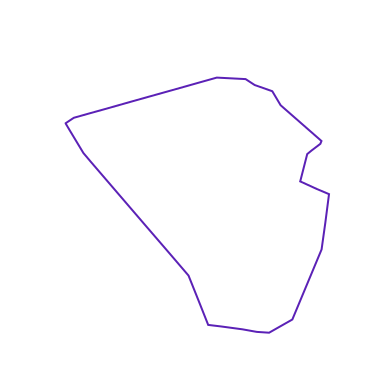 Santa María Nativitas, Oaxaca, Mexico (Albers equal-area conic projection), rotated 16°
{"feature_id": "50627088B15578912819987", "entity_name": "Santa María Nativitas", "entity_type": "district", "adm_level": 2, "iso_a3": "MEX", "parent_name": "Mexico", "parent_adm1": "Oaxaca", "projection": "albers", "projection_center": [-97.338, 17.644], "detail": "fine", "context": "isolated", "style": "outline", "palette": "violet", "viewbox_px": 384, "rotation_deg": 16, "n_neighbors": 0, "source": "geoboundaries", "source_scale": "gbopen_adm2", "svg_char_len": 640}
<svg xmlns="http://www.w3.org/2000/svg" viewBox="0 0 384 384"><g transform="rotate(16 192 192)"><path d="M51.6,160.7L51.7,161.0L57.1,166.1L76.9,184.5L86.3,190.8L155.9,236.6L186.1,256.4L200.5,265.9L211.7,273.3L216.6,279.6L230.8,297.9L244.2,315.3L257.2,313.2L278.3,310.1L292.9,308.6L304.9,306.0L323.6,286.9L332.4,211.5L328.6,184.6L324.3,156.3L311.1,154.7L293.1,152.0L292.3,123.8L295.4,119.3L302.1,110.3L302.4,107.3L253.3,84.2L241.4,73.0L222.8,71.9L212.4,68.7L184.3,75.2L171.0,83.4L163.1,88.3L138.5,103.5L124.7,112.0L110.1,121.0L84.8,136.7L72.4,144.3L58.0,153.2L56.6,154.8L51.6,160.7Z" fill="none" stroke="#5b21b6" stroke-width="2"/></g></svg>